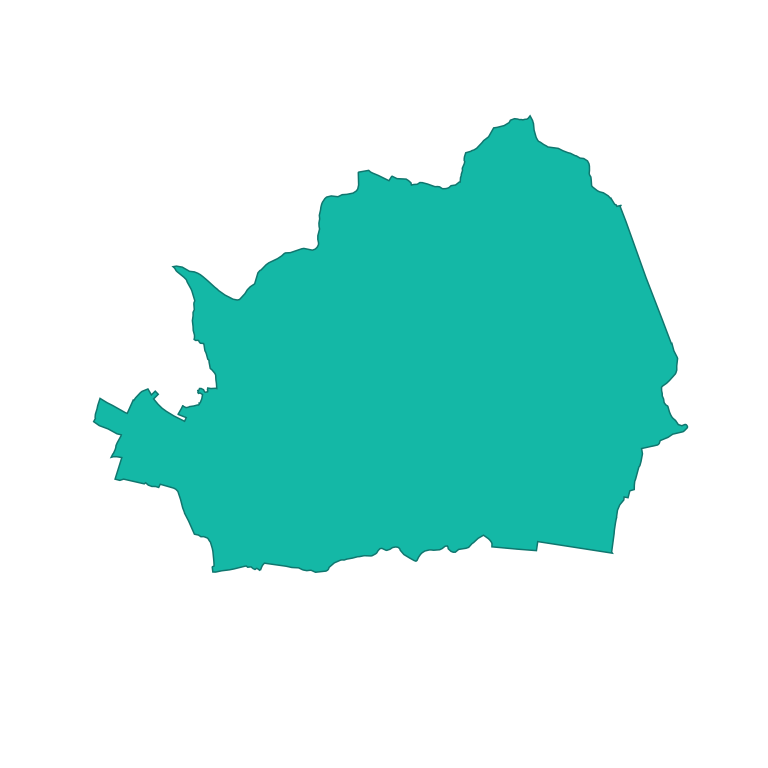 outline of Niculitel, Tulcea, Romania, rotated 165°
{"feature_id": "2599482B9005867250176", "entity_name": "Niculitel", "entity_type": "district", "adm_level": 2, "iso_a3": "ROU", "parent_name": "Romania", "parent_adm1": "Tulcea", "projection": "orthographic", "projection_center": [28.494, 45.189], "detail": "fine", "context": "isolated", "style": "filled", "palette": "teal", "viewbox_px": 768, "rotation_deg": 165, "n_neighbors": 0, "source": "geoboundaries", "source_scale": "gbopen_adm2", "svg_char_len": 6138}
<svg xmlns="http://www.w3.org/2000/svg" viewBox="0 0 768 768"><g transform="rotate(165 384 384)"><path d="M595.2,245.9L589.2,245.6L581.4,244.5L576.7,244.2L565.3,244.0L564.0,243.7L563.1,242.3L559.8,241.8L558.2,239.6L556.7,238.3L556.2,238.3L555.1,238.9L554.6,238.8L554.0,238.4L552.5,236.5L552.3,236.8L551.3,236.5L549.5,238.9L548.3,240.3L545.9,241.9L525.7,233.3L520.5,230.6L514.0,228.5L511.4,226.2L510.2,225.3L506.9,223.7L503.4,223.2L502.4,222.8L498.9,219.9L488.4,218.3L486.6,218.8L485.4,219.7L484.5,221.1L478.2,224.1L471.6,225.1L470.2,225.0L468.0,224.3L465.4,224.5L459.5,224.0L454.2,224.0L452.4,223.6L447.6,223.3L441.1,221.3L440.0,221.2L436.1,222.1L434.8,222.7L432.8,224.6L430.5,226.0L428.6,225.8L425.1,222.9L424.4,222.6L421.0,222.8L418.1,223.8L414.9,223.6L412.8,222.7L411.9,221.6L411.4,220.6L411.3,219.1L408.9,214.1L404.0,209.0L400.5,205.6L399.0,204.6L397.8,205.0L395.5,207.7L392.8,210.0L390.9,211.1L387.8,212.1L383.3,212.0L381.6,211.6L379.1,210.6L373.1,209.5L370.4,210.0L366.9,211.5L364.7,211.1L364.4,209.9L364.6,208.2L362.6,205.0L360.7,203.6L358.6,203.1L354.7,204.9L347.3,204.1L344.5,204.3L340.2,207.1L338.6,207.6L333.0,210.6L327.0,212.2L323.2,207.6L322.1,205.7L321.3,203.7L321.0,201.9L321.9,198.8L298.3,190.1L279.9,183.6L276.3,192.0L207.2,161.5L207.6,162.8L200.5,179.8L199.3,183.2L196.2,190.3L194.7,193.4L193.8,194.9L193.5,196.1L191.1,201.7L187.5,206.3L182.4,209.9L181.3,212.7L177.7,211.0L174.2,217.2L169.6,217.3L168.3,221.7L167.0,225.1L165.6,227.0L160.0,236.7L159.3,237.8L158.0,238.9L155.8,242.6L152.4,249.7L151.9,255.0L135.6,254.3L134.5,254.7L133.5,255.4L132.0,257.7L131.5,257.9L123.3,259.0L118.1,260.8L107.5,260.5L105.9,261.1L102.4,263.2L102.0,263.8L101.9,264.3L102.1,265.4L102.6,266.4L103.3,266.9L104.2,267.0L107.1,266.6L110.2,268.6L111.8,273.2L113.8,276.2L114.5,277.7L115.1,280.1L115.5,283.0L115.6,288.8L115.8,289.4L117.0,290.6L118.0,292.8L118.2,293.9L117.8,297.1L118.3,300.4L117.7,303.0L117.6,305.6L116.8,308.9L115.7,309.8L110.8,311.6L107.5,313.4L100.0,318.3L99.1,319.3L97.6,321.7L96.6,325.6L93.8,332.7L93.9,333.9L95.4,341.0L95.4,348.8L96.0,348.7L98.6,374.5L103.4,419.1L108.2,477.9L110.0,494.8L108.3,495.2L113.1,495.3L113.3,496.8L114.7,497.9L116.5,504.0L116.6,503.8L118.8,507.8L122.6,511.9L126.1,513.9L127.9,515.5L131.5,520.3L132.1,521.6L132.0,522.5L131.0,527.7L130.6,530.4L131.3,532.6L131.3,534.3L130.2,537.2L129.2,541.2L129.0,543.7L129.7,546.8L132.7,550.1L136.2,551.5L139.1,554.5L140.3,555.1L144.2,558.6L146.4,559.8L150.8,563.0L154.7,566.5L164.5,570.6L165.3,571.7L167.7,573.9L170.4,577.1L171.8,578.3L172.4,579.4L173.2,582.8L173.3,590.4L172.2,596.9L172.3,598.3L172.3,600.1L173.5,605.2L176.0,603.3L177.7,602.8L179.3,603.2L181.5,603.2L182.9,603.9L184.7,604.3L186.5,605.4L189.3,606.5L193.6,606.1L195.5,604.1L201.1,602.5L208.3,602.6L211.8,603.0L219.0,595.7L224.8,593.3L226.8,591.8L233.5,587.7L236.5,586.8L238.7,586.7L240.0,586.3L245.2,586.2L247.5,582.6L248.1,581.2L248.7,579.1L248.4,578.1L248.6,577.6L249.6,575.8L252.5,572.2L253.0,569.7L255.0,566.7L255.5,565.2L256.7,563.5L258.1,559.4L259.0,559.6L263.4,557.7L267.9,558.2L270.4,556.9L271.7,556.7L273.6,556.7L276.7,557.4L277.4,557.9L279.2,560.0L281.0,560.8L283.7,561.4L290.2,565.9L294.9,568.6L297.2,569.3L300.2,568.3L303.5,569.0L306.0,569.1L305.9,571.4L307.6,574.0L309.6,576.2L318.3,579.0L322.4,582.6L323.0,582.4L326.6,579.1L335.6,587.0L340.3,590.6L342.1,592.2L343.5,594.3L353.5,595.2L354.0,595.0L354.2,594.5L357.0,582.8L358.8,579.3L360.6,577.7L364.4,576.4L370.8,576.8L375.4,577.7L380.0,576.8L386.3,579.3L390.1,579.4L391.1,579.4L393.1,578.4L396.4,575.5L397.7,573.8L399.2,571.1L400.3,568.4L402.8,563.7L403.4,560.1L405.2,556.3L405.9,553.2L406.1,550.4L409.5,544.4L410.5,540.8L410.7,537.4L411.0,536.2L411.5,535.2L413.3,533.3L415.5,532.1L418.5,531.8L426.3,535.7L428.5,535.9L440.5,535.1L445.2,536.1L446.5,535.9L449.7,534.2L454.6,532.6L463.8,530.9L467.0,529.7L471.5,527.0L473.4,525.9L474.5,525.7L476.3,524.5L477.0,524.0L482.8,514.6L483.1,514.2L487.9,512.6L491.6,510.4L495.0,507.2L501.7,503.0L504.0,503.1L507.9,505.0L514.6,511.1L519.6,517.1L520.5,518.7L522.5,521.4L527.4,529.1L531.1,534.5L533.1,537.1L535.1,539.1L538.2,541.4L542.7,543.2L548.6,549.1L554.0,551.6L557.4,551.9L556.2,550.0L555.5,547.3L554.7,545.9L549.7,539.0L548.1,536.2L547.9,535.6L547.7,533.4L545.8,525.7L545.5,523.6L545.2,513.3L546.5,511.7L547.0,510.3L548.0,504.9L549.9,502.6L550.8,499.2L552.7,494.8L553.5,489.2L554.4,485.1L554.4,480.3L555.0,478.0L555.9,476.2L554.6,474.8L552.9,474.5L551.9,474.0L551.3,471.7L550.7,470.9L547.8,469.8L547.7,468.5L548.3,463.3L548.3,462.1L548.0,461.1L547.8,459.1L547.8,453.6L546.9,452.1L547.3,450.5L547.8,444.0L547.4,443.3L546.9,442.9L545.3,439.6L544.6,437.9L544.3,436.2L545.3,431.4L545.7,428.0L546.7,422.9L547.5,423.4L552.3,424.4L555.2,425.7L555.3,425.3L555.9,424.7L555.8,423.6L556.4,422.8L556.2,422.5L556.4,422.1L558.4,422.2L559.2,422.7L559.4,423.2L559.8,425.2L561.8,427.0L563.4,427.4L563.7,426.7L564.3,426.1L565.6,425.9L565.7,425.6L565.2,425.0L566.0,423.8L565.5,422.9L564.1,423.0L562.0,420.8L563.8,416.9L566.2,413.7L566.7,413.3L567.6,413.4L567.6,412.5L567.8,412.1L568.8,411.7L569.5,412.0L573.5,412.0L577.7,412.5L578.9,412.2L581.3,412.4L583.5,414.3L583.8,415.0L583.7,415.5L586.0,412.8L590.7,408.1L590.3,407.6L583.7,402.7L586.3,399.6L595.2,407.5L601.3,413.9L604.6,418.0L607.5,422.9L610.4,429.2L604.7,432.5L606.8,436.3L611.5,433.7L613.3,440.3L619.6,439.5L621.5,438.7L627.6,434.9L629.9,432.9L630.4,433.4L639.6,422.1L641.2,423.2L651.7,433.5L656.2,437.5L662.0,443.6L666.1,437.3L667.6,434.3L670.6,429.5L671.7,426.5L671.6,425.6L674.2,422.8L669.8,417.5L662.1,412.0L654.8,405.0L650.9,402.9L651.6,401.8L656.8,396.4L658.8,393.9L659.5,392.1L660.6,390.3L663.3,387.0L664.0,386.6L666.5,383.8L664.1,383.8L661.1,383.0L656.3,380.8L668.4,361.7L664.1,359.3L660.1,359.5L641.4,349.6L639.8,350.3L637.9,347.4L634.7,345.1L631.1,344.1L628.4,342.4L626.1,345.1L614.0,337.8L612.3,336.2L610.9,333.6L610.4,325.4L610.5,316.4L610.0,311.8L610.1,310.9L608.2,302.2L606.0,288.0L602.3,286.1L600.4,283.9L597.5,283.2L594.4,280.9L593.8,279.7L593.4,278.1L592.6,276.1L592.4,269.7L592.6,266.6L594.3,256.4L595.1,252.8L595.4,252.1L597.0,251.9L597.3,251.5L598.0,246.7L595.2,245.9Z" fill="#14b8a6" stroke="#0f766e" stroke-width="1.5"/></g></svg>